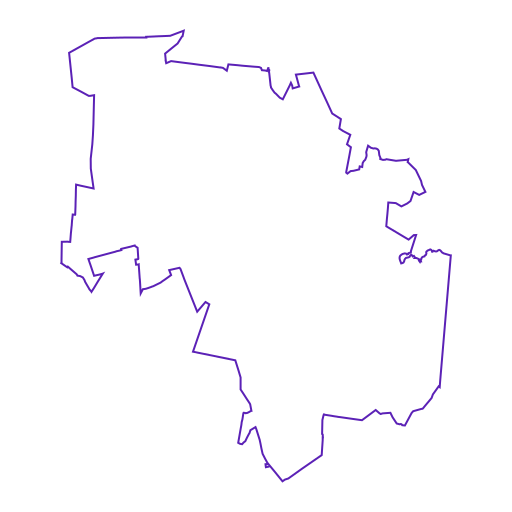 Tequisquiapan, Querétaro, Mexico
{"feature_id": "50627088B65246255323427", "entity_name": "Tequisquiapan", "entity_type": "district", "adm_level": 2, "iso_a3": "MEX", "parent_name": "Mexico", "parent_adm1": "Querétaro", "projection": "equal_earth", "projection_center": [-99.971, 20.542], "detail": "fine", "context": "isolated", "style": "outline", "palette": "violet", "viewbox_px": 512, "rotation_deg": 0, "n_neighbors": 0, "source": "geoboundaries", "source_scale": "gbopen_adm2", "svg_char_len": 5669}
<svg xmlns="http://www.w3.org/2000/svg" viewBox="0 0 512 512"><path d="M450.8,255.4L450.5,255.4L443.4,253.3L443.1,253.0L442.1,252.5L440.9,251.0L440.2,250.3L439.2,249.9L438.2,250.3L437.4,251.0L436.7,251.4L435.3,251.4L433.4,250.7L432.6,250.9L432.4,252.5L431.8,250.7L431.1,249.8L430.2,249.4L429.0,250.0L427.7,250.5L426.4,251.6L426.2,252.6L426.4,253.3L426.0,254.8L424.9,255.5L424.5,256.4L423.4,256.6L422.2,257.2L421.6,258.1L421.2,258.7L421.2,259.6L420.5,260.3L420.9,261.1L421.0,261.4L420.3,261.4L420.0,262.0L418.9,260.5L419.3,259.6L419.0,259.2L417.5,258.5L416.3,258.0L415.4,258.0L414.8,258.0L415.1,257.6L414.2,256.3L413.9,255.9L413.5,256.1L412.8,256.5L412.3,255.9L411.7,255.0L411.1,254.9L410.3,255.3L409.7,256.7L408.7,257.3L407.4,257.6L406.0,257.9L405.0,258.9L404.4,260.1L404.1,261.5L403.4,262.6L402.4,263.1L401.2,263.4L400.7,262.0L400.2,260.8L399.6,258.8L399.6,257.1L400.2,255.7L401.4,254.7L402.5,254.0L403.6,253.7L404.7,253.4L406.0,253.6L406.6,253.9L407.0,254.5L408.1,254.1L408.4,253.2L409.2,252.9L409.8,252.8L410.8,252.7L411.0,250.9L416.1,235.0L413.8,235.1L408.6,239.6L386.3,226.3L386.3,226.2L386.3,225.9L386.6,222.4L386.9,218.9L387.4,213.8L387.9,208.1L388.3,202.5L395.8,203.1L401.4,206.4L407.2,203.5L410.5,201.0L413.6,192.0L419.2,194.9L425.4,191.9L422.0,184.9L421.1,181.0L415.8,170.0L407.9,162.2L407.7,162.1L408.3,159.2L407.0,159.8L396.0,160.8L391.1,160.0L386.4,159.2L385.3,159.7L383.0,159.9L379.5,158.8L380.7,158.6L379.3,155.1L378.8,150.9L378.0,149.7L377.5,149.2L376.3,148.6L375.6,148.5L374.8,148.3L373.4,148.5L371.0,147.8L370.8,147.7L368.1,145.7L366.6,150.7L366.2,152.2L366.5,154.4L366.6,155.2L366.4,156.7L365.2,159.8L363.8,161.1L362.7,163.0L362.2,167.0L359.7,166.4L359.6,166.9L359.2,169.4L353.5,170.8L350.6,171.1L347.4,173.6L346.3,172.7L346.2,172.6L346.2,172.4L346.2,172.1L349.3,155.9L350.9,147.2L350.2,146.7L347.0,144.3L350.3,134.8L343.2,131.1L339.3,128.5L340.9,119.1L334.4,114.9L332.2,113.5L326.9,101.9L321.3,89.9L319.3,85.5L313.4,72.6L304.8,73.6L295.9,74.6L298.9,85.6L299.2,86.5L292.7,88.4L292.2,85.6L290.9,82.8L289.7,85.5L282.8,99.3L279.8,97.7L275.9,93.7L274.6,92.7L272.7,90.1L271.0,87.5L270.9,86.5L270.6,85.6L269.2,72.8L268.9,71.9L269.2,70.9L268.9,70.4L269.2,70.0L268.5,69.1L268.5,67.3L267.0,71.0L265.2,70.5L261.9,70.2L261.0,67.9L259.2,67.1L258.5,67.0L254.2,66.7L242.3,65.7L237.6,65.2L228.4,64.4L227.6,67.6L227.2,69.1L226.8,70.7L223.0,67.9L220.5,67.4L220.4,67.5L210.1,66.1L202.9,65.2L198.8,64.7L192.2,63.8L184.9,62.9L179.4,62.2L171.1,61.1L166.2,63.2L165.7,60.8L165.8,60.8L165.1,53.6L171.5,48.4L177.6,43.5L181.8,36.8L182.4,36.1L182.6,36.1L183.7,30.7L176.3,33.5L170.2,35.8L163.2,36.1L157.8,36.3L151.6,36.6L146.2,36.8L146.3,37.5L137.0,37.5L128.3,37.5L120.8,37.6L111.3,37.8L103.0,38.0L97.3,38.1L96.8,38.3L94.7,38.6L87.8,42.4L81.9,45.7L69.1,52.8L71.7,77.8L72.6,87.2L81.3,91.8L88.8,95.9L89.9,95.9L94.1,95.2L93.4,124.6L92.9,135.7L92.3,144.4L90.7,158.8L90.8,168.6L92.6,181.5L93.6,188.5L86.3,186.9L80.7,185.7L76.1,184.6L75.9,189.5L75.8,195.8L75.6,201.4L75.6,201.5L75.5,206.5L75.3,211.8L75.2,214.6L75.1,214.8L72.7,214.5L72.5,216.7L72.2,219.7L72.1,219.9L71.7,225.6L71.6,226.3L71.1,231.3L70.9,233.1L70.6,236.9L70.6,237.0L70.2,241.9L68.2,241.8L67.6,241.7L67.0,241.7L66.5,241.7L61.8,241.8L61.5,261.4L61.6,262.4L61.2,263.1L64.2,265.2L67.4,267.4L67.6,267.2L67.9,266.7L76.7,274.3L77.5,275.7L78.0,275.7L80.2,276.1L82.9,277.5L84.6,280.3L85.0,281.6L86.6,284.4L88.9,288.3L89.4,289.3L91.4,291.6L91.5,291.8L93.9,288.1L98.0,281.3L102.8,273.6L102.3,273.8L98.9,274.7L97.0,275.1L94.1,275.8L90.1,263.9L90.0,263.7L88.4,259.0L93.9,257.5L94.4,257.3L115.7,251.6L116.3,251.3L119.1,250.7L121.3,250.1L121.0,249.4L121.0,249.2L121.1,248.9L131.2,246.5L131.7,246.3L134.7,245.5L134.8,245.9L137.2,247.5L137.6,247.8L138.3,258.7L138.2,259.0L137.4,259.3L136.4,259.4L135.4,259.6L136.1,264.7L138.0,264.5L138.5,264.5L138.7,264.4L139.7,278.4L139.7,278.5L139.8,278.9L140.0,281.6L140.2,284.9L140.2,285.0L140.4,288.4L140.4,288.5L140.7,293.4L142.9,289.2L144.4,289.0L145.1,288.9L146.1,288.7L147.9,288.1L148.0,288.1L151.6,286.8L151.7,286.7L153.3,286.2L155.3,285.2L156.5,284.6L160.6,282.6L161.9,281.6L162.7,281.0L164.4,279.9L167.2,277.9L171.1,275.1L170.5,273.5L170.4,273.2L170.2,272.7L169.2,270.1L179.5,267.8L180.5,269.0L181.4,271.4L182.7,274.9L183.6,277.3L184.0,278.5L185.1,281.3L197.2,311.7L205.5,302.0L209.3,304.3L193.0,351.7L235.3,360.3L238.6,370.8L240.6,377.5L240.6,389.5L243.2,393.4L246.8,399.0L249.9,403.7L250.2,404.4L251.4,410.8L251.2,410.8L248.4,412.4L247.0,413.0L245.5,413.2L245.4,413.1L244.9,412.9L243.7,412.8L243.6,413.1L243.4,413.2L243.0,415.5L242.7,417.6L242.4,419.4L241.7,422.1L241.4,424.7L241.0,427.0L240.8,428.0L238.2,442.8L240.0,443.8L242.1,444.2L243.6,442.5L245.3,441.2L245.6,440.6L246.0,439.7L247.1,437.4L249.0,433.8L249.5,433.1L250.4,430.2L255.5,427.1L256.4,429.4L259.5,439.3L259.6,439.5L260.5,443.7L261.4,448.4L262.6,453.8L265.1,458.7L267.3,462.7L268.5,464.2L268.4,464.2L268.0,464.2L267.5,464.1L266.3,464.1L266.1,464.1L265.5,464.2L265.6,464.9L265.7,465.8L265.8,466.6L265.9,467.2L268.8,466.6L269.6,465.5L274.4,471.3L282.5,481.3L282.8,481.1L284.9,479.6L288.3,478.5L301.9,468.8L321.7,455.1L322.7,440.0L322.7,437.3L322.9,437.3L322.7,434.5L322.1,434.0L322.4,420.0L323.6,415.0L324.0,414.4L324.4,414.7L324.5,414.7L331.6,415.8L333.8,416.2L335.1,416.4L335.9,416.5L337.2,416.7L337.6,416.8L338.2,416.9L339.9,417.1L340.0,417.1L353.3,419.0L362.0,420.2L375.7,410.0L379.5,413.3L380.7,414.0L382.5,413.4L390.4,412.8L392.6,417.3L396.7,423.5L399.7,424.3L400.9,424.0L401.9,424.6L402.2,425.2L404.9,425.5L411.6,413.0L413.2,411.2L421.4,408.9L422.3,408.8L422.6,408.6L422.9,408.5L424.5,406.5L431.6,398.0L432.9,394.4L438.7,386.3L439.7,387.1L440.2,380.6L450.8,255.4Z" fill="none" stroke="#5b21b6" stroke-width="2"/></svg>